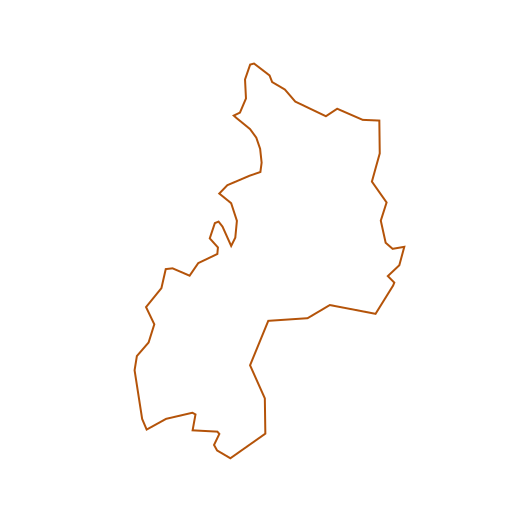 SVG path tracing the border of Central Bedfordshire, rotated 161°
{"feature_id": "GBR-5697", "entity_name": "Central Bedfordshire", "entity_type": "Unitary Authority", "adm_level": 1, "iso_a3": "GBR", "parent_name": "United Kingdom", "parent_adm1": "", "projection": "albers", "projection_center": [-0.422, 51.997], "detail": "fine", "context": "isolated", "style": "outline", "palette": "amber", "viewbox_px": 512, "rotation_deg": 161, "n_neighbors": 0, "source": "natural_earth", "source_scale": "10m", "svg_char_len": 1048}
<svg xmlns="http://www.w3.org/2000/svg" viewBox="0 0 512 512"><g transform="rotate(161 256 256)"><path d="M113.2,301.7L122.2,288.6L115.1,264.1L126.5,248.8L129.1,226.3L124.5,218.3L112.8,216.4L123.5,200.6L137.9,194.1L133.9,185.8L136.0,183.4L161.8,162.4L202.2,185.6L227.5,180.4L265.5,190.7L297.2,154.6L294.0,118.5L305.0,85.0L346.1,73.1L356.1,84.8L357.2,91.0L348.6,99.7L349.7,102.5L372.7,111.8L364.8,125.9L367.2,128.5L394.0,131.3L415.9,127.5L416.7,139.0L408.0,187.5L401.2,200.2L385.7,209.2L374.4,224.5L376.6,243.5L355.9,256.4L345.6,273.0L338.9,271.5L325.2,259.0L312.9,268.1L291.9,270.5L289.2,276.5L294.0,287.7L284.2,300.5L280.2,300.7L278.1,294.7L276.2,273.6L269.6,280.1L262.6,295.5L262.3,314.0L270.4,327.0L260.0,332.3L236.0,334.0L224.5,334.0L220.3,342.4L217.2,356.0L217.2,367.8L220.3,377.9L229.7,393.1L231.3,396.0L224.5,396.8L214.2,408.2L208.9,426.5L199.2,438.9L195.2,438.6L184.4,422.3L184.1,415.2L174.5,404.0L168.6,389.2L144.4,365.4L131.3,368.8L110.8,350.0L95.3,343.9L105.6,312.7L113.2,301.7Z" fill="none" stroke="#b45309" stroke-width="2"/></g></svg>